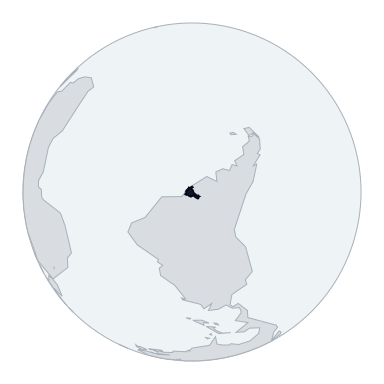 Santa Catarina highlighted on a globe, orthographic projection, rotated 202°
{"feature_id": "BRA-614", "entity_name": "Santa Catarina", "entity_type": "State", "adm_level": 1, "iso_a3": "BRA", "parent_name": "Brazil", "parent_adm1": "", "projection": "orthographic", "projection_center": [-50.571, -27.663], "detail": "fine", "context": "on_globe", "style": "filled", "palette": "ink", "viewbox_px": 384, "rotation_deg": 202, "n_neighbors": 0, "source": "natural_earth", "source_scale": "10m", "svg_char_len": 6601}
<svg xmlns="http://www.w3.org/2000/svg" viewBox="0 0 384 384"><g transform="rotate(202 192 192)"><circle cx="192" cy="192" r="169" fill="#eef3f6" stroke="#a8b0b8"/><path d="M134.8,33.0L141.3,31.1L139.1,32.1L140.1,32.5L143.7,31.1L144.2,30.3L151.2,28.3L151.0,28.1L152.8,27.6L165.3,25.2L164.0,25.5L165.9,25.3L171.8,24.3L173.8,24.8L182.9,25.3L182.8,25.9L174.2,27.5L162.5,28.7L151.4,32.6L164.4,29.1L163.9,31.3L166.3,31.4L169.7,31.0L172.1,29.9L173.1,30.6L160.7,33.9L159.6,33.3L163.5,32.1L158.0,32.9L149.6,36.0L150.1,37.3L137.0,41.9L137.1,43.1L134.4,45.0L135.0,42.7L133.6,47.2L118.3,56.4L116.0,66.7L112.0,60.4L106.7,61.4L100.0,64.1L99.5,65.7L91.4,68.2L82.6,75.5L77.2,85.7L78.3,91.5L87.5,87.4L91.2,82.0L98.6,78.4L91.1,91.9L103.6,89.0L101.1,98.8L104.5,102.6L111.2,99.4L118.1,100.0L123.7,93.1L132.4,88.3L131.9,96.1L137.2,88.1L141.7,91.1L159.4,88.6L157.9,90.5L172.8,98.9L189.8,102.8L193.8,109.1L191.6,113.0L197.8,114.2L197.9,116.9L223.0,122.5L236.5,130.9L236.4,140.7L225.9,151.0L218.2,176.2L199.8,183.9L196.4,195.0L184.1,211.9L172.8,211.0L177.4,219.5L172.1,225.1L165.2,226.0L165.1,232.4L160.0,233.1L164.2,236.9L158.0,246.2L162.0,253.0L157.9,260.8L160.8,264.8L158.5,265.0L156.7,267.0L157.2,269.4L149.3,266.6L144.8,257.4L145.9,252.2L142.8,252.0L145.0,239.2L142.4,242.2L139.3,224.8L141.2,210.4L138.7,173.0L134.5,166.7L121.8,161.3L106.3,140.9L109.7,130.5L106.6,127.1L116.6,111.9L114.5,101.6L111.1,101.0L107.4,106.0L96.3,103.0L93.2,96.5L64.0,100.1L62.0,98.6L63.7,93.1L62.7,84.1L59.1,95.8L57.0,95.5L57.0,92.5L59.1,89.8L61.9,84.4L61.4,84.8L70.0,75.1L79.4,66.1L89.4,57.8L100.0,50.3L111.1,43.7L122.7,37.9L134.8,33.0ZM114.2,70.8L128.5,72.7L119.4,75.5L121.3,74.0L117.9,72.6L111.2,72.5L103.4,76.1L114.2,70.8ZM122.8,62.7L120.2,63.0L122.9,62.2L122.8,62.7ZM163.2,273.3L150.3,268.0L157.2,270.1L160.2,265.7L167.6,270.2L163.2,273.3ZM172.7,262.1L177.3,259.7L178.9,260.8L176.1,262.7L172.7,262.1ZM295.8,58.7L291.4,55.9L293.4,60.9L289.0,59.4L281.9,55.3L273.3,46.7L284.0,51.1L281.1,48.9L272.2,43.6L276.2,45.6L273.9,44.3L276.6,45.7L295.8,58.7ZM360.7,201.6L360.4,203.9L358.0,221.4L354.3,234.4L350.5,236.7L345.8,248.2L343.1,248.5L339.7,254.6L334.7,258.5L328.2,260.2L322.5,252.7L326.1,246.4L329.2,231.5L335.2,199.9L340.8,189.8L341.9,180.0L337.4,154.9L338.6,145.2L336.4,139.4L332.5,137.7L329.4,130.8L326.6,129.0L306.0,123.1L297.3,113.5L280.9,90.3L282.8,84.0L278.8,75.6L288.3,59.3L295.3,63.2L308.4,70.1L310.9,72.4L314.7,77.1L328.8,93.0L327.9,91.6L335.2,102.3L341.7,113.6L347.3,125.4L351.9,137.5L355.6,150.0L358.4,162.7L360.2,175.6L360.9,188.6L360.7,201.6ZM290.8,68.7L291.9,70.8L292.0,70.8L290.8,68.7ZM160.0,88.4L162.1,89.8L159.2,90.1L160.0,88.4ZM117.6,78.7L120.9,78.0L122.5,78.7L119.8,79.7L117.6,78.7ZM146.4,73.2L150.4,73.2L146.0,74.4L146.4,73.2ZM130.9,72.9L143.2,73.4L134.7,76.9L127.1,76.8L132.6,75.1L130.9,72.9ZM120.2,66.7L122.2,66.6L121.3,68.0L120.2,66.7ZM124.8,62.2L123.9,62.5L123.2,61.8L124.8,62.2ZM164.7,31.1L165.7,30.8L168.9,30.6L167.0,31.1L164.7,31.1ZM185.7,28.0L186.9,29.4L184.7,28.6L182.3,29.3L174.6,29.0L182.3,26.2L180.2,27.4L185.7,28.0ZM166.4,28.4L170.4,28.5L165.8,28.5L166.4,28.4ZM262.5,38.4L263.1,38.7L260.0,37.5L257.2,36.2L257.6,36.3L262.5,38.4ZM273.1,43.8L268.3,41.4L269.2,41.7L266.0,40.1L265.7,40.0L273.1,43.8ZM202.5,23.4L202.5,23.5L195.3,23.1L192.8,23.0L202.5,23.4ZM313.9,75.0L315.6,76.8L310.6,71.7L311.9,73.0L313.0,74.1L313.9,75.0ZM301.1,63.2L301.8,63.7L305.7,67.3L304.3,66.2L301.1,63.2ZM299.0,61.2L301.6,63.5L299.3,61.6L299.0,61.2ZM289.2,329.8L285.8,332.2L287.1,331.1L289.2,329.8ZM349.9,252.0L343.8,264.6L344.6,260.9L348.2,253.0L353.6,240.4L353.8,240.6L349.9,252.0Z" fill="#d9dde1" stroke="#a8b0b8" stroke-width="1"/><path d="M183.7,188.8L183.7,188.7L183.7,188.3L183.7,188.2L183.8,188.1L184.0,188.0L184.3,188.0L184.6,187.9L184.8,187.9L185.3,188.3L185.5,188.2L186.1,188.1L186.5,188.3L186.8,188.3L187.0,188.4L187.3,188.4L187.7,188.5L187.9,188.6L188.2,188.8L188.4,188.8L188.6,188.9L189.0,188.9L189.3,188.9L189.6,188.9L189.6,189.0L189.8,189.2L190.1,189.0L190.2,188.9L190.1,188.6L190.1,188.4L190.2,188.1L190.3,188.0L190.5,187.9L190.9,187.8L191.0,187.9L191.3,187.8L191.5,187.8L191.6,187.7L191.8,187.3L192.0,187.2L191.9,187.1L192.0,187.1L192.3,187.2L192.5,187.3L192.7,187.2L192.9,187.2L193.0,187.3L193.4,187.2L193.5,187.1L193.8,187.2L194.0,187.4L194.2,187.5L194.4,187.7L194.6,187.8L194.9,187.8L194.9,187.6L195.0,187.6L195.4,187.4L195.6,187.2L195.9,187.1L196.0,187.1L196.3,187.1L197.1,187.1L197.3,187.1L197.2,187.3L197.3,187.6L197.2,187.7L197.0,187.8L196.9,187.8L196.7,187.3L196.7,187.5L196.8,187.6L196.8,187.8L196.7,187.9L196.8,188.0L196.7,188.0L196.8,188.1L197.1,188.2L197.1,188.4L197.0,188.8L197.0,189.1L197.0,189.3L197.2,189.5L197.1,189.8L197.1,190.0L197.2,190.4L197.2,190.6L197.3,190.6L197.4,190.4L197.4,190.5L197.5,190.5L197.4,190.6L197.5,190.7L197.4,190.7L197.2,190.7L197.1,190.8L197.1,191.0L197.3,191.0L197.2,191.3L197.0,191.5L197.2,191.8L197.0,192.0L197.1,192.3L197.2,192.5L197.1,192.8L197.1,193.0L197.0,193.6L196.9,193.8L196.9,194.0L196.7,194.4L196.7,194.5L196.6,194.4L196.6,194.2L196.4,194.0L196.4,194.3L196.5,194.3L196.4,194.4L196.6,194.6L196.5,194.8L196.4,194.9L196.2,194.9L196.1,195.0L195.9,195.1L195.2,195.7L194.6,196.3L194.2,196.9L193.9,196.7L193.6,196.5L193.2,196.7L193.4,196.8L193.4,197.0L193.2,196.9L193.0,196.5L193.2,196.4L193.3,196.2L193.4,196.3L193.4,196.2L193.5,196.2L193.6,195.8L193.6,195.5L193.6,195.3L193.7,195.2L193.8,195.1L194.0,194.8L194.3,194.8L194.2,194.6L194.1,194.4L194.0,194.5L193.9,194.4L193.6,194.4L193.4,194.4L193.2,194.4L192.9,194.3L192.7,194.3L192.3,194.2L192.2,194.2L191.9,194.1L191.7,193.8L191.6,193.7L191.4,193.4L191.2,193.4L191.2,193.2L191.0,192.9L190.9,192.9L190.7,192.5L190.5,192.4L190.4,192.3L190.2,192.2L190.0,191.9L189.9,192.0L189.8,191.9L189.7,191.8L189.7,191.7L189.4,191.7L189.2,191.6L188.9,191.5L188.6,191.6L188.5,191.4L188.4,191.4L188.2,191.2L188.4,191.2L188.2,191.1L187.9,190.9L187.6,191.0L187.6,190.9L187.4,190.8L187.5,190.9L187.4,190.9L187.2,190.8L187.1,190.7L187.0,190.8L186.9,190.8L186.6,190.8L186.4,190.9L186.2,190.7L185.9,190.7L185.7,190.7L185.6,190.8L185.6,190.7L185.6,190.4L185.4,190.6L185.2,190.5L184.9,190.7L184.9,190.4L184.7,190.3L184.6,190.5L184.4,190.5L184.1,190.7L184.0,190.8L183.9,190.8L183.9,190.6L183.7,190.7L183.4,190.7L183.5,190.6L183.5,190.4L183.6,190.2L183.7,189.9L183.7,189.5L183.6,189.4L183.6,189.2L183.7,188.8ZM197.6,191.3L197.6,191.2L197.7,191.4L197.6,191.7L197.7,191.8L197.4,192.2L197.4,192.3L197.3,192.5L197.2,192.5L197.2,192.3L197.3,192.1L197.3,191.9L197.4,191.7L197.4,191.4L197.6,191.3ZM197.4,188.1L197.2,188.4L197.1,188.2L196.9,188.1L197.0,187.9L197.3,187.7L197.5,187.8L197.4,188.1Z" fill="#0f172a" stroke="#020617" stroke-width="1.5"/></g></svg>